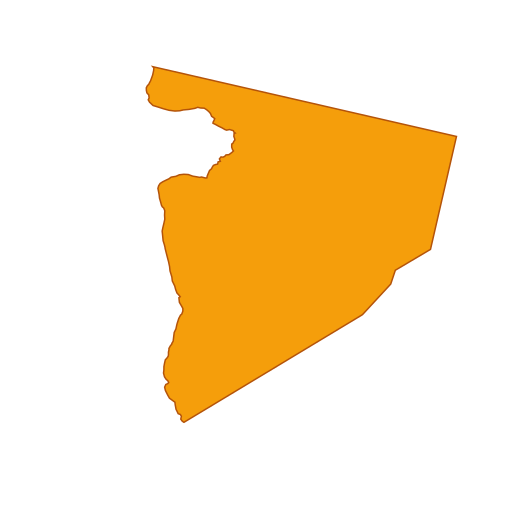 the district of Ngeiungel, Palau, rotated 20°
{"feature_id": "81905179B59978558639999", "entity_name": "Ngeiungel", "entity_type": "district", "adm_level": 2, "iso_a3": "PLW", "parent_name": "Palau", "parent_adm1": "", "projection": "orthographic", "projection_center": [134.62, 7.699], "detail": "fine", "context": "isolated", "style": "filled", "palette": "amber", "viewbox_px": 512, "rotation_deg": 20, "n_neighbors": 0, "source": "geoboundaries", "source_scale": "gbopen_adm2", "svg_char_len": 2280}
<svg xmlns="http://www.w3.org/2000/svg" viewBox="0 0 512 512"><g transform="rotate(20 256 256)"><path d="M417.7,190.1L403.5,75.1L94.3,113.4L95.7,114.2L96.4,116.9L97.0,121.3L97.0,124.3L97.0,127.6L96.7,129.3L96.5,131.4L95.7,133.0L95.4,135.5L96.4,138.0L97.5,139.7L97.8,140.1L100.1,141.3L101.5,144.0L101.3,146.1L103.4,147.9L107.8,149.8L113.2,149.5L118.8,149.3L124.6,148.8L130.3,147.5L134.7,145.6L137.7,143.6L142.8,141.2L148.0,138.2L150.4,136.2L153.2,135.9L156.8,134.8L159.5,135.4L162.2,136.4L164.5,137.7L166.5,139.9L167.7,140.2L170.2,141.0L170.2,142.7L169.9,144.9L170.2,146.0L172.6,146.2L176.3,146.8L180.3,147.2L183.5,147.8L185.3,147.8L187.9,146.2L191.9,146.0L192.8,147.1L194.4,147.6L193.5,148.4L194.3,151.2L195.7,152.9L196.5,154.2L196.0,155.7L195.7,158.1L194.9,159.1L195.9,162.0L197.6,164.1L198.9,165.0L198.0,166.8L195.9,170.0L193.2,171.3L192.5,173.1L191.2,174.4L189.2,174.9L188.4,177.3L190.1,179.2L188.2,180.5L188.5,182.8L186.8,183.8L185.0,185.4L184.5,187.6L184.4,189.2L183.1,191.5L182.9,194.9L182.8,197.5L183.1,199.4L181.7,200.0L177.8,200.4L176.1,201.4L172.4,202.0L169.3,202.6L164.5,202.6L160.2,203.9L156.2,205.9L153.5,208.5L149.3,210.9L147.7,213.3L145.6,215.4L143.1,218.0L141.1,220.6L140.5,223.3L140.7,226.0L144.0,231.5L145.5,234.6L148.2,238.3L149.8,240.6L151.1,241.8L152.9,242.5L154.8,244.7L156.1,248.9L157.7,252.6L158.2,256.2L158.8,261.4L159.3,264.7L161.2,268.6L163.5,273.4L166.0,276.7L167.6,279.1L168.1,280.1L173.4,287.9L175.8,291.3L178.4,295.5L180.3,299.4L184.1,304.5L185.9,308.1L189.9,312.0L191.9,314.9L194.4,317.8L197.6,319.5L198.7,320.2L197.8,321.6L198.7,323.4L199.9,325.8L203.4,328.7L205.2,330.3L206.1,332.8L206.1,336.1L205.3,337.3L204.8,341.1L205.0,346.5L205.2,348.4L205.7,351.9L205.3,355.8L206.3,360.2L207.3,364.4L206.8,366.9L207.0,367.7L206.3,369.5L205.8,372.6L206.3,374.0L206.6,376.3L207.4,378.4L207.8,380.2L207.1,382.7L206.3,384.5L206.7,387.9L207.3,391.4L208.4,394.5L209.1,397.6L211.3,400.8L213.7,402.6L215.8,403.4L217.2,404.7L216.8,406.0L215.2,407.6L215.0,410.5L216.9,413.4L220.5,416.8L223.3,419.2L225.3,419.8L227.7,420.5L229.8,421.1L231.0,423.5L233.3,427.4L235.2,429.2L236.8,430.8L239.1,430.8L240.7,432.1L241.1,435.0L242.9,436.3L244.8,436.9L245.2,436.9L376.1,274.7L392.2,236.3L391.8,221.7L417.7,190.1Z" fill="#f59e0b" stroke="#b45309" stroke-width="1.5"/></g></svg>